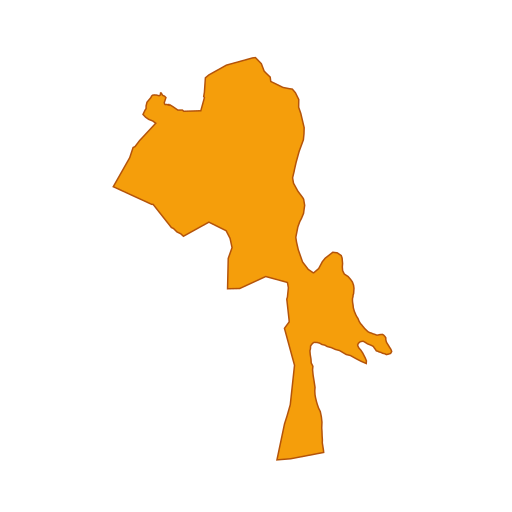 Odukpani, Cross River, Nigeria, rotated 195°
{"feature_id": "59680162B36423706884187", "entity_name": "Odukpani", "entity_type": "district", "adm_level": 2, "iso_a3": "NGA", "parent_name": "Nigeria", "parent_adm1": "Cross River", "projection": "robinson", "projection_center": [8.065, 5.245], "detail": "fine", "context": "isolated", "style": "filled", "palette": "amber", "viewbox_px": 512, "rotation_deg": 195, "n_neighbors": 0, "source": "geoboundaries", "source_scale": "gbopen_adm2", "svg_char_len": 3572}
<svg xmlns="http://www.w3.org/2000/svg" viewBox="0 0 512 512"><g transform="rotate(195 256 256)"><path d="M402.8,329.0L403.4,318.6L403.5,318.0L411.8,286.0L370.2,278.9L368.7,279.2L345.1,261.6L342.8,261.2L338.6,258.8L334.5,258.0L331.2,256.3L310.3,276.5L291.4,272.7L285.6,266.3L281.3,257.9L282.2,246.5L275.0,217.0L263.3,220.4L241.3,238.7L219.4,238.6L218.7,238.4L216.5,233.7L215.0,224.4L215.1,222.3L207.5,202.8L206.9,200.9L209.8,193.5L190.5,160.4L184.4,121.2L184.6,109.7L185.0,101.3L183.0,64.5L170.1,69.1L139.8,83.8L140.5,85.7L143.6,92.7L144.3,95.6L145.5,99.1L146.8,103.4L148.0,106.9L149.3,112.6L151.2,117.5L153.7,122.5L154.2,123.0L156.2,125.3L158.1,128.1L158.8,129.2L159.9,131.0L161.8,134.5L163.1,137.3L164.3,140.9L165.0,144.4L167.5,150.1L170.0,155.7L171.9,160.7L172.5,164.2L175.0,167.0L176.2,170.6L178.1,174.8L179.4,178.4L179.4,179.4L179.4,180.5L179.8,182.3L180.0,183.3L179.4,184.8L178.8,186.2L177.6,187.6L174.5,188.3L172.0,188.3L169.5,187.6L166.4,187.7L163.9,187.0L159.5,187.0L155.2,186.3L150.8,186.3L143.4,184.2L139.0,184.3L133.5,182.9L133.4,182.9L132.7,182.7L127.2,181.5L125.2,181.2L121.7,180.7L122.2,183.3L124.1,185.8L126.0,187.9L127.9,190.0L130.4,192.2L132.6,193.6L134.2,195.3L134.8,196.4L134.5,198.2L133.3,200.0L132.1,200.7L130.5,201.4L129.0,201.1L126.8,200.4L125.5,200.0L122.7,199.7L120.8,199.4L119.3,199.0L117.7,197.6L116.4,196.6L115.2,195.5L113.6,195.5L112.5,195.2L111.7,195.2L110.6,195.2L110.2,195.2L108.6,194.8L106.1,194.9L104.6,194.5L103.0,195.3L100.8,196.7L100.2,198.8L100.9,199.9L101.2,200.3L102.1,201.3L103.4,202.4L103.5,202.5L104.8,203.8L105.9,204.8L107.5,206.3L108.4,207.7L109.1,209.1L109.4,210.5L110.6,211.6L112.2,212.6L113.5,213.0L114.7,212.6L115.9,212.2L117.2,211.5L118.7,210.8L121.2,211.1L122.8,211.1L124.7,211.4L126.2,211.4L128.1,211.8L130.0,212.8L132.5,214.2L133.4,214.9L135.0,216.0L136.3,217.0L137.5,217.7L139.4,219.5L140.1,220.4L140.8,221.3L141.3,222.0L143.2,223.7L143.9,224.5L144.8,225.5L145.0,225.9L146.7,228.0L148.6,231.2L149.5,233.6L150.8,236.5L151.4,238.3L151.8,240.0L151.8,241.8L152.0,242.9L152.1,243.2L152.0,245.0L152.3,246.6L153.0,250.1L154.2,253.0L156.1,255.8L158.6,257.9L161.7,260.0L166.0,261.4L168.5,264.2L169.8,267.8L170.4,271.1L172.3,276.3L173.8,278.5L175.8,279.2L178.3,280.1L179.2,280.0L180.4,279.8L182.8,279.5L185.4,276.0L188.6,271.8L190.4,267.8L192.2,260.1L195.9,254.7L196.5,254.6L202.1,256.6L209.5,262.3L216.8,273.0L220.4,279.8L221.9,283.2L222.4,284.4L223.1,294.9L222.6,300.6L221.8,304.1L221.1,309.5L221.6,313.3L222.1,317.5L224.7,323.2L225.9,324.4L227.8,325.9L230.0,327.6L232.5,329.6L238.6,336.0L240.9,341.0L241.1,348.3L241.2,348.9L241.5,357.0L241.4,368.3L240.3,380.5L241.3,386.5L242.7,392.4L249.7,405.4L253.3,410.7L255.2,418.2L260.2,423.9L264.1,426.6L267.5,426.2L267.8,426.2L273.5,425.8L274.6,426.0L286.9,428.4L288.6,432.5L293.5,435.2L296.0,436.7L300.6,443.1L307.9,447.5L310.7,446.4L334.0,432.7L348.4,418.7L351.0,415.0L348.2,400.7L347.8,396.5L346.8,395.7L346.9,382.0L363.2,377.1L364.9,377.9L369.2,376.7L374.8,378.7L378.2,379.7L378.6,379.2L379.0,379.4L379.4,379.2L379.6,379.7L380.1,379.4L380.4,379.2L380.6,379.3L380.9,379.2L381.4,379.3L382.7,378.8L383.1,378.8L383.5,379.1L384.0,379.8L384.3,380.4L384.0,385.7L385.5,386.6L386.1,386.8L387.1,386.9L387.6,387.0L388.0,387.2L389.5,388.7L390.1,389.0L390.4,388.6L390.1,387.5L390.3,386.4L391.1,385.7L393.8,385.7L396.1,385.2L397.6,384.5L398.3,383.3L398.5,381.9L400.1,378.5L401.1,376.3L401.0,372.6L400.7,371.4L400.3,369.9L400.9,368.3L401.8,363.5L398.6,361.5L395.0,360.2L390.7,359.7L387.2,358.3L398.3,337.4L401.2,330.3L402.8,329.0Z" fill="#f59e0b" stroke="#b45309" stroke-width="1.5"/></g></svg>